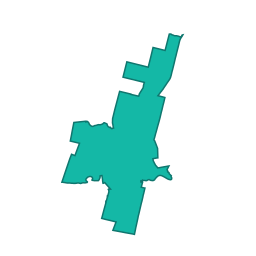 Slobozia, Ialomita, Romania, rotated 13°
{"feature_id": "2599482B59701946957193", "entity_name": "Slobozia", "entity_type": "district", "adm_level": 2, "iso_a3": "ROU", "parent_name": "Romania", "parent_adm1": "Ialomita", "projection": "natural_earth1", "projection_center": [27.382, 44.608], "detail": "fine", "context": "isolated", "style": "filled", "palette": "teal", "viewbox_px": 256, "rotation_deg": 13, "n_neighbors": 0, "source": "geoboundaries", "source_scale": "gbopen_adm2", "svg_char_len": 5596}
<svg xmlns="http://www.w3.org/2000/svg" viewBox="0 0 256 256"><g transform="rotate(13 128 128)"><path d="M75.8,195.7L76.2,195.6L76.4,195.5L76.8,195.5L77.0,195.5L77.8,195.5L78.3,195.4L78.7,195.4L80.6,195.3L81.4,195.2L82.0,195.1L82.6,194.9L83.1,194.8L83.7,194.7L85.6,194.5L86.4,194.3L87.4,194.2L89.1,193.8L90.4,193.3L90.7,193.1L92.2,192.7L92.6,192.7L93.4,192.7L93.7,192.7L94.2,192.7L94.4,192.7L95.0,192.3L95.3,192.1L95.7,191.9L96.0,191.7L96.4,191.5L96.7,191.4L97.2,191.4L98.6,191.1L99.3,190.8L100.1,190.4L100.4,190.3L100.6,189.8L100.6,189.7L100.3,189.4L100.1,189.3L99.9,189.2L99.2,188.9L98.9,188.5L98.7,188.2L98.5,187.7L98.6,187.1L99.2,185.9L99.4,185.6L99.5,185.3L100.0,184.8L100.3,184.6L100.9,184.2L101.4,183.9L101.7,183.8L102.1,183.7L102.6,183.7L103.0,183.7L103.4,183.7L103.8,183.9L104.2,184.2L104.6,184.6L104.8,184.9L104.9,185.3L104.9,185.6L104.8,185.9L104.7,186.2L104.6,186.8L104.7,187.0L105.3,187.0L106.2,186.9L107.1,186.9L107.8,186.7L110.9,186.0L111.1,185.8L111.6,184.4L111.8,183.4L111.9,182.6L111.8,182.0L111.6,180.9L112.4,180.5L113.3,180.2L114.7,183.7L114.9,184.4L115.4,185.9L116.1,187.5L116.4,187.4L116.5,187.4L116.8,187.2L117.1,186.9L117.6,186.4L124.7,191.5L124.1,191.7L123.2,191.5L122.6,192.2L122.8,192.4L123.1,192.9L123.5,193.5L123.6,194.1L123.7,194.7L123.6,198.6L123.2,198.6L123.2,198.9L123.3,199.1L123.3,199.5L123.5,199.5L123.3,203.8L123.0,204.0L122.9,204.1L123.0,205.2L123.3,205.3L123.0,212.7L122.8,219.2L122.7,222.0L123.3,222.0L126.4,222.1L129.8,222.1L130.9,222.1L137.5,222.2L136.3,231.1L143.3,230.8L145.4,230.7L148.6,230.6L156.3,230.2L158.2,230.2L158.1,225.5L158.0,223.4L158.0,221.0L157.9,213.2L157.8,211.6L157.9,209.1L157.9,205.4L157.9,204.6L157.9,202.0L157.9,200.4L157.9,198.4L158.0,196.4L158.0,194.1L158.0,193.3L158.0,191.7L157.9,190.0L158.0,188.5L158.0,185.4L158.0,184.2L158.0,182.7L156.7,182.8L154.2,182.7L154.3,180.9L154.4,177.8L152.6,177.7L152.5,176.5L154.0,176.4L153.9,175.5L154.9,175.6L155.2,175.6L155.7,175.4L156.4,175.3L156.8,175.3L157.2,175.3L157.5,175.3L157.8,175.1L158.4,174.8L158.8,174.3L159.4,173.9L159.7,173.7L160.2,173.5L161.2,173.8L162.0,173.9L163.0,173.8L163.3,173.8L163.8,173.7L164.3,173.6L164.6,173.3L165.0,173.0L165.3,172.8L165.5,172.6L166.0,171.2L166.5,170.3L167.3,169.0L167.7,168.4L168.2,167.9L168.5,167.6L168.8,167.4L169.3,167.2L169.8,167.0L170.3,166.9L171.1,166.9L171.7,166.9L172.4,167.0L173.3,167.3L173.8,167.4L174.6,167.6L176.1,168.1L177.7,168.6L178.5,168.8L179.4,168.9L180.4,168.9L180.9,168.9L181.1,168.8L181.3,168.7L181.8,168.4L181.9,168.2L182.0,167.8L181.9,167.5L181.9,166.9L181.6,166.5L181.4,166.3L181.2,166.0L180.8,165.2L180.7,164.9L180.8,164.7L180.4,164.5L179.1,163.7L178.8,163.5L178.4,163.3L178.0,162.3L177.4,162.1L176.9,162.0L176.5,161.8L176.7,161.4L175.4,159.8L176.4,155.8L175.4,156.2L173.1,157.2L172.9,157.3L172.1,157.6L170.3,158.4L169.3,158.8L167.8,159.5L166.0,160.2L165.9,160.1L165.2,159.5L163.7,158.4L163.3,158.2L162.1,156.8L161.3,155.9L159.8,154.0L159.6,153.3L159.5,152.9L159.2,152.3L160.6,151.7L163.1,150.6L163.8,150.4L162.3,144.6L161.5,141.6L161.4,141.2L161.2,140.9L157.9,136.0L157.2,135.0L157.0,134.7L156.8,134.4L156.6,134.3L156.2,134.0L156.1,133.9L155.9,133.7L156.1,130.9L156.2,126.6L156.3,125.6L156.5,120.0L156.8,113.8L156.8,113.5L156.9,110.4L156.9,108.7L156.9,107.2L156.9,105.3L157.0,102.7L157.0,101.1L157.0,97.5L157.1,95.3L157.1,90.0L155.0,89.9L150.6,89.8L149.9,89.8L150.7,88.1L151.2,87.0L151.8,85.6L152.4,84.5L152.8,83.4L153.1,82.9L153.5,82.0L153.8,81.0L154.0,80.5L154.5,79.2L154.8,78.5L154.9,78.1L155.1,77.8L155.3,77.2L155.4,76.8L155.7,76.1L156.2,74.7L156.4,74.3L157.5,71.5L157.8,70.6L158.0,69.5L158.1,68.9L158.1,68.2L158.2,67.1L158.2,66.3L158.2,65.2L158.2,64.5L158.2,63.7L158.2,63.1L158.3,61.1L158.4,54.6L158.4,49.0L158.5,46.8L158.5,44.6L158.5,44.2L158.7,35.4L158.7,35.2L158.7,31.8L158.8,31.0L158.8,30.5L158.9,30.0L159.0,29.6L159.1,29.2L159.2,28.7L160.2,26.0L160.3,25.6L160.5,24.9L160.1,25.1L159.8,25.3L159.7,25.6L159.5,26.5L159.4,26.8L159.1,27.1L158.8,27.3L158.6,27.4L158.3,27.5L158.2,27.5L156.8,27.2L155.3,27.2L154.4,27.2L153.3,27.5L153.1,27.5L152.7,27.6L152.2,27.6L151.9,27.5L151.6,27.4L150.7,27.3L150.3,27.3L150.0,27.3L149.8,27.3L149.5,27.1L149.3,27.0L148.9,26.9L148.6,26.8L148.4,26.9L148.2,26.9L147.9,27.0L147.7,27.0L147.1,27.2L146.7,44.1L134.3,43.9L134.2,54.7L134.0,64.2L112.0,63.8L111.7,79.6L133.7,79.9L133.7,80.2L133.6,80.5L133.5,83.3L133.6,83.5L133.7,84.2L133.6,84.5L133.7,85.4L133.6,85.7L131.4,92.1L131.3,94.4L131.3,94.5L131.2,94.6L126.4,94.6L123.9,94.6L123.1,94.6L123.1,94.3L113.0,94.2L111.6,94.2L111.4,100.2L111.4,100.4L111.0,113.0L110.9,121.8L110.9,122.4L111.7,126.4L112.2,127.6L112.4,127.8L112.6,128.2L112.8,128.9L113.0,129.4L113.6,130.6L113.9,131.3L113.3,131.4L113.2,131.7L112.9,132.0L112.4,132.3L112.2,132.3L111.8,132.2L111.5,131.9L111.1,131.6L110.9,131.5L110.7,131.4L110.7,131.7L109.6,131.5L108.7,131.3L108.3,131.1L108.0,130.8L107.6,130.4L107.3,130.1L107.2,130.0L107.0,129.6L106.8,129.0L106.6,128.8L105.9,128.6L105.3,128.5L103.7,128.2L103.4,128.3L103.1,128.7L102.9,129.1L102.1,130.0L101.1,130.6L100.4,131.0L100.2,131.1L99.7,131.2L99.0,131.3L98.4,131.4L98.2,131.5L97.7,131.8L97.0,132.2L96.7,132.4L95.9,132.8L94.9,133.2L94.7,133.3L94.0,134.0L93.6,134.2L93.4,134.3L93.2,134.3L92.9,134.5L92.7,134.5L92.3,134.5L92.0,134.4L91.9,134.4L91.5,134.2L91.2,134.1L90.8,133.9L89.5,133.1L89.3,132.8L89.1,132.4L88.5,131.7L88.2,131.4L87.8,131.2L87.3,130.9L87.0,130.8L86.6,130.7L86.4,130.7L86.2,130.7L86.1,130.8L86.3,131.2L85.4,131.6L85.0,131.0L74.0,134.8L74.3,143.2L74.5,147.5L74.7,153.7L84.2,153.8L82.5,166.8L78.9,166.3L78.2,171.3L77.1,182.0L75.8,195.5L75.8,195.7Z" fill="#14b8a6" stroke="#0f766e" stroke-width="1.5"/></g></svg>